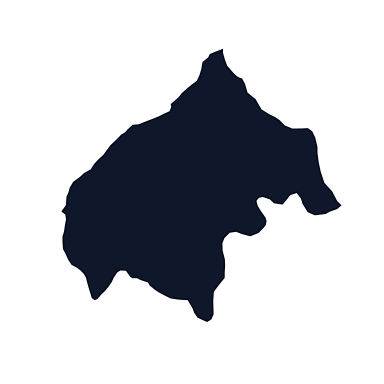 Tartar District, Tərtər, Azerbaijan (Equal Earth projection), rotated 344°
{"feature_id": "54616110B79809370995070", "entity_name": "Tartar District", "entity_type": "district", "adm_level": 2, "iso_a3": "AZE", "parent_name": "Azerbaijan", "parent_adm1": "Tərtər", "projection": "equal_earth", "projection_center": [46.824, 40.278], "detail": "fine", "context": "isolated", "style": "filled", "palette": "ink", "viewbox_px": 384, "rotation_deg": 344, "n_neighbors": 0, "source": "geoboundaries", "source_scale": "gbopen_adm2", "svg_char_len": 2002}
<svg xmlns="http://www.w3.org/2000/svg" viewBox="0 0 384 384"><g transform="rotate(344 192 192)"><path d="M260.3,63.7L254.0,64.3L247.5,65.0L245.1,67.7L238.5,70.5L235.6,76.6L231.9,82.3L227.8,87.0L220.4,89.9L215.7,91.9L210.0,94.7L205.2,98.1L196.5,102.1L196.3,104.6L193.1,108.9L186.3,109.8L181.4,110.8L175.1,111.5L165.9,112.3L159.6,113.0L153.4,111.8L148.0,114.6L144.3,116.9L140.1,118.0L132.9,122.1L127.0,125.1L122.8,128.3L117.7,132.3L111.5,135.4L106.1,138.7L101.2,143.0L93.8,144.7L88.7,147.3L81.1,150.1L76.4,154.4L73.9,158.5L70.7,162.3L67.8,170.4L62.1,174.8L64.8,178.7L64.1,183.8L61.8,188.3L58.6,195.4L56.1,199.0L54.6,203.9L53.0,211.3L54.0,215.7L55.1,223.1L56.8,228.4L60.6,232.1L63.7,236.0L66.1,240.6L67.2,244.9L67.0,251.7L67.0,257.0L67.2,266.0L68.9,268.4L71.4,268.0L76.0,265.0L80.4,262.7L84.7,259.8L89.6,255.8L92.7,252.2L97.4,248.1L101.5,246.9L107.4,248.9L109.9,256.2L111.4,257.8L115.9,259.1L119.0,262.0L125.3,266.3L126.3,270.0L130.2,275.6L133.1,279.0L137.8,283.5L142.4,287.7L148.0,290.3L150.9,291.5L158.7,294.2L159.6,297.7L161.2,303.9L161.6,308.7L163.3,313.8L168.3,318.2L170.8,320.3L172.5,319.9L175.0,319.2L178.4,315.1L179.9,309.3L181.5,302.9L184.8,293.6L189.4,290.0L195.9,285.3L199.1,283.1L200.6,278.0L202.9,271.5L204.3,265.5L204.5,256.8L206.4,249.3L209.9,244.7L216.8,240.8L223.7,241.7L229.0,245.7L236.1,249.9L244.5,249.0L250.8,245.4L253.2,243.6L254.9,240.4L254.9,237.0L252.1,229.0L250.6,223.6L250.8,217.8L254.5,215.3L258.8,215.5L265.4,220.0L268.2,224.9L275.5,228.2L280.7,224.7L285.5,221.3L292.9,221.1L295.7,228.4L295.7,233.6L298.3,242.8L303.9,247.5L314.3,249.2L319.0,248.1L326.6,247.7L331.0,245.7L328.3,240.8L326.3,230.5L321.0,219.8L320.6,207.5L321.2,198.6L322.6,189.2L324.3,182.9L324.7,173.5L323.6,167.1L320.6,163.2L313.7,161.6L305.5,159.3L299.0,154.1L295.4,147.5L291.9,143.3L287.1,139.0L280.9,132.1L279.1,125.0L278.1,120.7L272.0,112.0L272.0,102.8L270.7,96.9L269.2,96.2L266.6,93.7L263.9,89.2L259.9,80.5L259.4,74.5L259.4,66.8L260.3,63.7Z" fill="#0f172a" stroke="#020617" stroke-width="1.5"/></g></svg>